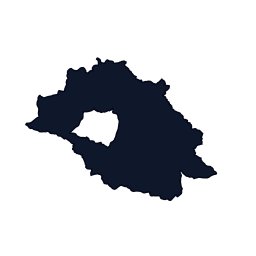 the district of Rapale, Nampula, Mozambique, rotated 198°
{"feature_id": "85939544B86182788788384", "entity_name": "Rapale", "entity_type": "district", "adm_level": 2, "iso_a3": "MOZ", "parent_name": "Mozambique", "parent_adm1": "Nampula", "projection": "orthographic", "projection_center": [39.169, -15.142], "detail": "fine", "context": "isolated", "style": "filled", "palette": "ink", "viewbox_px": 256, "rotation_deg": 198, "n_neighbors": 0, "source": "geoboundaries", "source_scale": "gbopen_adm2", "svg_char_len": 5883}
<svg xmlns="http://www.w3.org/2000/svg" viewBox="0 0 256 256"><g transform="rotate(198 128 128)"><path d="M226.1,99.9L225.8,100.0L225.6,99.7L225.1,99.7L224.9,99.3L224.6,99.2L223.8,99.2L222.0,97.8L220.6,97.5L220.0,97.7L219.8,98.1L219.0,98.2L217.0,97.6L212.2,97.9L211.3,97.2L209.1,97.7L206.7,98.7L204.9,99.1L204.7,100.3L203.9,100.3L203.4,100.0L201.5,100.1L201.2,99.5L200.3,99.1L199.1,99.2L196.8,99.8L195.9,99.8L194.9,100.3L194.3,100.3L193.5,100.1L192.3,99.2L191.2,99.1L190.1,99.5L189.1,99.5L185.2,98.0L184.4,98.7L182.7,98.7L180.6,97.8L179.7,97.8L177.1,96.3L175.0,96.2L174.6,96.4L174.1,95.8L174.2,95.4L174.7,94.8L174.7,93.9L174.4,93.4L173.9,93.3L174.2,91.1L173.9,90.6L172.0,90.1L171.7,89.6L171.7,88.9L171.4,88.6L170.5,88.8L169.0,88.0L167.7,88.3L166.4,88.1L165.5,88.4L164.2,87.9L163.1,88.0L162.8,87.7L162.7,86.4L162.5,86.1L161.1,85.5L157.9,81.7L157.3,80.4L156.1,79.5L156.1,78.0L155.9,77.6L154.1,76.8L153.0,76.9L151.0,77.6L150.3,77.5L149.3,76.8L149.4,73.6L148.5,71.7L145.7,73.7L143.4,74.8L142.6,75.6L141.9,75.1L139.4,75.3L138.8,74.9L137.7,73.8L137.3,71.7L135.1,70.0L133.4,68.0L133.0,68.2L131.2,68.2L130.4,68.9L130.1,68.9L128.7,67.8L127.6,67.7L127.2,67.0L126.3,66.9L123.8,65.7L122.2,65.6L120.9,66.4L119.2,69.1L117.8,71.0L116.3,71.6L112.6,71.5L110.9,72.1L110.2,71.5L109.4,71.2L107.3,71.1L106.1,70.0L105.3,69.6L104.4,69.4L102.8,69.7L100.9,70.7L97.4,71.6L95.4,71.7L93.7,71.3L92.6,71.4L88.5,73.7L88.1,73.6L86.9,72.5L86.0,71.1L85.2,70.8L84.3,70.9L83.1,71.6L81.5,71.9L77.4,73.3L76.5,73.1L75.1,71.5L74.5,71.2L71.0,71.4L70.1,71.9L69.6,72.4L68.2,72.8L66.4,72.1L65.0,72.6L62.2,78.5L61.3,78.9L60.0,78.0L59.6,78.1L57.4,81.6L57.1,82.6L57.2,83.4L57.8,84.7L57.8,87.0L59.4,88.6L61.5,92.7L62.6,96.6L62.6,99.0L63.2,100.0L64.9,101.8L65.2,103.1L64.9,103.4L63.5,103.6L62.8,102.8L61.6,102.0L57.6,100.4L56.2,100.6L54.4,100.4L52.2,101.3L51.0,101.2L49.5,100.4L49.1,100.8L45.4,103.2L41.5,103.9L37.4,105.1L35.9,106.3L34.3,108.5L32.0,110.4L30.1,111.4L29.9,112.2L30.8,113.1L33.3,113.7L34.0,114.4L34.5,115.3L36.0,116.2L38.1,116.7L39.9,116.2L41.3,116.1L43.1,116.6L44.1,117.5L47.0,118.7L47.5,119.3L48.6,119.8L49.3,121.8L51.7,121.9L54.0,122.6L55.5,122.6L56.2,122.9L56.4,123.7L56.1,124.3L56.2,125.1L57.1,125.7L57.9,127.1L59.0,127.8L59.2,128.3L59.2,128.6L58.4,129.1L57.8,129.8L57.6,130.4L57.6,131.6L56.7,133.2L52.8,135.7L53.2,136.3L53.3,137.4L54.2,138.7L54.8,139.0L54.8,139.5L54.4,139.9L54.4,141.0L55.8,141.8L55.8,142.2L55.3,143.1L55.4,145.9L56.4,146.1L57.7,147.0L59.4,147.7L61.3,147.3L63.3,148.1L64.2,147.9L66.1,146.8L67.4,146.8L67.9,147.2L67.9,148.6L68.2,149.4L69.0,150.6L70.2,150.9L70.6,151.8L71.7,151.8L72.0,151.5L73.2,151.7L74.0,152.3L73.7,152.8L73.8,153.4L74.6,153.7L76.2,153.7L76.8,153.3L77.4,153.5L78.8,154.2L79.1,155.7L80.3,156.7L81.1,156.7L83.2,158.1L84.9,158.3L86.1,158.1L87.8,158.5L89.4,158.4L90.0,158.8L90.1,159.3L91.0,159.6L92.8,159.8L92.8,160.3L92.5,160.9L93.1,161.5L93.3,162.3L94.4,162.5L94.5,163.0L94.8,163.2L96.6,163.4L96.7,163.6L96.4,164.2L97.1,165.1L99.3,165.9L99.6,167.0L100.7,167.3L102.3,169.1L103.1,169.1L104.9,169.8L104.9,170.2L103.1,172.1L103.1,172.7L104.3,174.2L104.3,174.5L103.7,174.8L102.9,175.7L101.5,178.2L101.6,180.1L101.9,180.8L102.8,180.7L104.5,180.2L105.4,180.4L107.0,180.4L107.1,180.7L106.4,181.3L106.3,181.7L107.4,183.2L108.7,184.1L110.2,184.2L110.9,184.8L112.6,181.3L113.8,180.0L114.4,178.4L116.4,178.1L117.7,178.1L120.9,179.2L123.0,178.8L124.9,177.7L126.0,177.4L127.7,176.2L129.2,175.8L129.7,177.2L130.2,177.5L130.7,177.2L131.1,176.4L132.7,177.0L136.1,177.3L136.3,177.8L136.1,179.2L138.6,179.5L141.7,181.4L142.3,182.2L144.7,183.0L145.7,184.2L147.2,185.0L149.5,185.7L150.9,186.7L151.2,187.5L151.0,188.0L150.2,188.6L150.3,190.1L151.1,190.1L152.5,190.4L153.7,189.6L154.8,189.1L155.3,188.3L156.1,188.0L156.5,187.3L160.9,185.2L161.7,185.2L162.8,186.4L163.4,186.5L164.9,186.3L166.2,185.9L168.5,186.3L169.0,186.0L169.4,185.2L170.3,182.3L172.1,181.9L174.2,181.9L175.3,183.8L175.8,184.3L177.7,185.0L178.8,184.9L179.0,184.6L179.1,183.8L177.6,183.2L177.0,182.7L176.1,180.8L175.7,179.0L176.3,178.0L177.4,177.9L178.6,177.4L179.8,176.3L180.3,174.2L179.9,172.9L179.2,171.9L180.9,171.0L181.8,170.2L182.9,168.0L184.1,167.6L185.1,167.7L185.5,168.2L186.1,169.6L186.9,170.1L187.9,171.1L189.2,171.5L190.7,170.9L191.6,170.3L193.6,167.1L194.7,166.4L195.9,166.1L197.8,166.1L200.5,166.9L201.6,166.1L202.6,164.3L202.9,163.3L202.4,161.4L201.8,160.8L202.1,160.2L202.2,159.1L201.3,157.7L200.4,157.3L200.3,157.0L200.3,156.1L200.8,155.2L200.9,154.0L200.8,152.6L199.7,150.5L200.1,146.2L199.8,143.9L199.9,143.1L201.7,142.5L205.0,142.2L205.4,141.4L205.2,138.9L205.6,137.8L209.1,136.1L210.8,134.6L213.0,133.5L215.3,132.0L216.6,130.8L218.1,130.5L218.7,130.8L220.7,131.0L221.8,131.7L222.4,131.1L222.8,129.2L222.1,126.9L222.3,125.1L221.8,122.5L221.1,121.5L219.1,119.4L218.5,118.5L217.8,114.8L217.1,113.1L216.1,111.7L216.0,111.0L216.2,110.6L217.0,110.1L217.9,109.1L221.3,103.7L222.2,102.8L223.6,101.9L225.6,101.2L226.0,100.7L226.1,99.9ZM136.9,116.1L137.3,112.0L138.2,110.4L139.6,109.0L139.9,108.1L139.8,105.8L140.1,104.6L141.4,102.8L142.3,103.6L143.2,103.8L144.7,103.8L146.0,104.6L148.8,104.3L148.9,104.7L148.7,105.3L149.4,105.8L152.5,103.8L154.5,103.3L155.1,103.5L156.4,104.7L158.1,104.6L159.3,104.0L160.2,103.9L161.2,104.3L162.0,105.5L162.5,105.9L164.6,106.5L164.8,106.3L165.0,105.7L165.6,105.3L167.5,105.1L169.4,104.4L170.8,104.2L173.9,104.6L176.1,106.1L178.3,106.1L180.6,105.3L181.6,105.3L180.8,107.7L178.1,112.6L176.3,114.5L175.8,115.9L175.6,120.4L174.2,123.0L174.3,124.4L175.4,127.9L175.3,129.7L171.2,131.3L168.5,133.0L166.1,135.6L163.6,134.7L161.9,134.4L160.0,135.0L158.9,134.6L158.1,134.7L156.6,135.8L155.0,136.1L152.3,138.4L151.4,138.9L151.0,138.8L150.6,139.5L149.8,139.7L149.5,140.8L149.0,141.0L148.6,141.8L147.6,140.4L147.5,138.8L147.1,138.0L146.4,137.8L143.5,138.1L142.7,137.9L141.4,136.7L140.2,134.1L138.3,132.0L136.9,124.0L137.2,119.2L136.9,116.1Z" fill="#0f172a" stroke="#020617" stroke-width="1.5"/></g></svg>